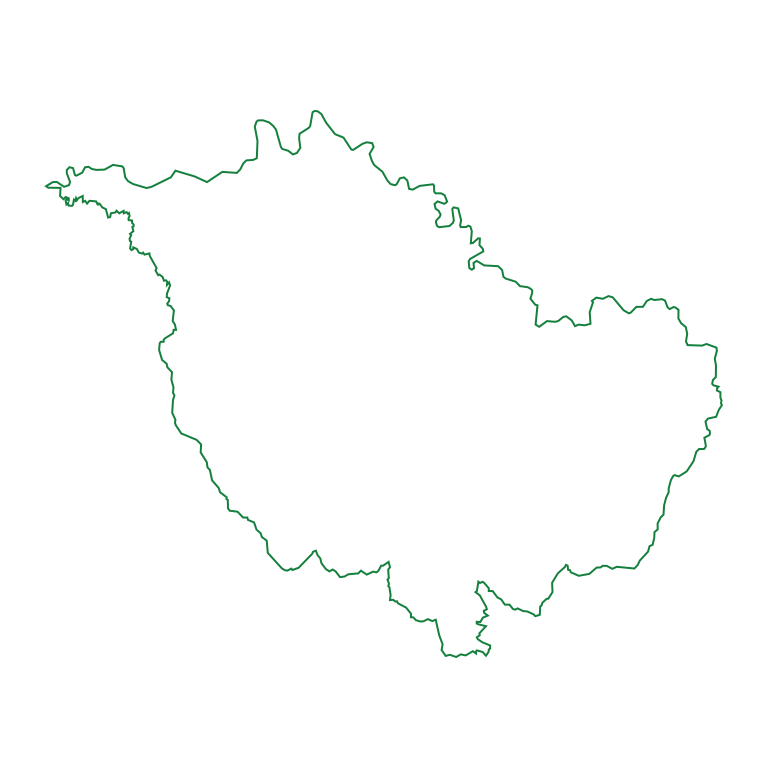 the district of Alegrete, Rio Grande do Sul, Brazil
{"feature_id": "56859067B34107990199573", "entity_name": "Alegrete", "entity_type": "district", "adm_level": 2, "iso_a3": "BRA", "parent_name": "Brazil", "parent_adm1": "Rio Grande do Sul", "projection": "equal_earth", "projection_center": [-55.86, -29.764], "detail": "fine", "context": "isolated", "style": "outline", "palette": "green", "viewbox_px": 768, "rotation_deg": 0, "n_neighbors": 0, "source": "geoboundaries", "source_scale": "gbopen_adm2", "svg_char_len": 6082}
<svg xmlns="http://www.w3.org/2000/svg" viewBox="0 0 768 768"><path d="M170.1,285.4L167.0,293.6L166.7,297.1L169.4,298.3L169.1,301.1L167.2,303.8L167.8,305.2L170.6,306.0L173.9,310.4L172.7,320.9L175.0,324.8L176.0,329.9L173.7,329.8L173.0,333.3L164.9,338.4L163.7,339.7L163.6,341.8L160.7,341.8L159.7,343.2L159.1,350.0L162.1,360.0L166.7,363.8L167.4,367.3L172.0,372.2L171.4,379.7L173.5,387.4L173.0,392.7L174.4,395.4L173.0,400.2L172.2,412.8L175.4,419.8L175.0,422.8L175.8,425.2L181.3,433.5L196.5,439.8L201.1,444.4L200.7,452.5L206.8,462.2L207.5,467.4L209.9,470.0L212.1,480.4L218.8,488.1L220.1,492.3L226.7,497.3L226.5,499.0L227.8,499.9L228.0,508.3L229.7,510.7L237.5,511.7L243.1,517.5L247.3,517.5L248.0,519.9L254.1,522.5L256.5,529.6L260.7,533.3L261.8,537.0L266.7,540.6L267.8,552.9L281.8,568.3L284.8,570.2L287.5,570.6L291.2,568.6L292.3,570.0L298.6,567.8L312.3,553.7L313.0,551.8L315.9,550.7L317.6,555.2L320.3,558.4L321.5,563.3L325.8,569.0L329.4,571.4L332.7,569.5L335.6,571.4L340.0,577.1L344.6,576.5L348.3,574.3L358.2,573.4L360.9,570.7L366.8,574.6L373.2,571.6L376.4,572.4L378.2,571.1L381.2,565.7L383.1,565.7L388.6,561.9L390.0,567.2L388.2,569.6L388.8,578.3L387.5,579.6L389.0,583.8L388.3,586.1L389.4,587.3L390.6,595.0L390.0,600.1L393.2,599.8L395.2,601.5L397.0,601.3L397.8,603.2L406.1,607.6L411.0,613.7L410.9,617.2L413.3,617.4L416.0,620.2L420.2,621.5L423.5,621.3L427.9,619.1L432.3,621.1L435.7,619.7L439.2,635.2L442.6,644.3L441.6,650.1L445.7,655.9L449.8,654.8L456.2,657.0L460.7,654.4L465.7,655.4L472.9,651.2L476.0,653.4L475.9,651.6L476.9,650.4L482.6,652.0L486.0,655.7L488.7,651.6L488.8,649.5L490.1,648.6L490.2,645.5L482.4,642.3L477.8,639.2L476.8,637.3L479.7,635.3L479.4,633.3L486.0,626.2L478.3,624.3L476.7,623.5L476.7,621.8L480.3,622.0L482.8,617.7L487.8,615.6L484.1,612.8L483.8,610.8L486.8,609.3L486.2,606.9L479.8,595.4L475.5,592.1L476.9,591.0L478.4,581.7L480.0,583.0L482.5,581.8L484.1,582.8L488.7,588.1L488.8,591.0L492.7,591.1L497.4,597.4L501.2,599.4L504.8,604.6L509.5,604.7L512.9,608.9L515.1,609.7L517.6,608.4L523.0,611.0L527.4,611.5L533.7,614.4L535.3,616.2L539.8,614.8L540.2,606.5L541.7,605.3L542.3,602.9L546.6,598.8L548.3,598.7L552.5,592.1L552.1,582.8L557.7,573.5L565.0,566.9L565.9,564.9L567.6,565.6L568.1,569.8L570.1,570.3L570.8,572.3L578.8,575.8L589.3,573.9L596.6,567.6L600.7,567.4L602.7,565.8L606.7,565.9L612.3,568.8L616.7,566.8L634.4,568.5L637.7,565.0L639.8,560.6L648.0,551.7L649.6,546.1L652.6,544.8L654.2,538.2L654.5,532.1L657.7,529.4L657.6,523.5L660.7,517.4L663.5,514.7L664.1,505.4L666.1,497.7L668.7,492.2L668.7,488.3L670.9,480.1L673.0,476.2L674.4,475.1L678.8,476.4L686.7,471.4L693.5,461.2L696.3,451.8L699.1,449.0L704.0,449.0L705.2,447.6L705.9,446.1L704.4,437.7L709.5,435.0L710.0,433.3L709.7,430.8L707.2,429.1L705.5,421.6L707.9,418.6L716.1,416.8L718.8,409.9L721.9,405.1L721.0,403.2L721.5,400.5L720.4,397.7L720.4,392.2L716.9,390.5L717.1,388.2L718.5,386.7L713.4,385.3L712.2,383.8L712.9,380.0L715.8,377.1L716.0,365.8L714.8,358.7L716.9,350.7L716.4,347.6L706.5,344.0L702.1,345.6L687.6,345.1L686.0,341.5L687.2,333.8L685.8,327.1L681.1,323.2L678.4,318.5L678.5,309.8L675.8,307.7L673.6,307.0L669.7,309.1L667.6,307.3L665.0,300.6L662.1,299.2L654.3,300.0L651.1,298.8L646.8,301.0L642.9,306.8L636.3,306.9L630.8,312.6L628.8,313.3L623.5,310.2L612.7,297.3L608.5,296.1L602.8,298.8L596.4,297.6L591.9,300.9L593.0,302.3L589.7,312.2L590.5,323.8L584.7,325.3L578.7,324.6L575.0,326.1L571.7,320.4L566.3,316.3L563.3,316.9L558.3,321.0L555.1,321.8L547.0,321.1L539.2,326.8L535.6,324.6L537.5,305.3L535.3,304.8L530.4,298.6L532.2,292.9L532.2,290.4L530.7,288.8L527.7,287.2L519.9,286.1L515.7,281.7L505.8,278.6L503.5,276.9L502.1,270.0L498.1,266.2L484.2,265.4L476.7,260.9L473.5,263.0L474.0,268.2L471.8,269.7L469.3,268.0L468.7,261.4L470.0,259.0L483.3,251.4L482.7,248.6L479.5,245.2L479.9,238.5L478.2,238.3L472.9,243.0L470.8,243.3L471.8,231.1L470.4,226.6L468.3,225.7L466.2,227.0L460.8,227.1L460.1,225.5L461.1,220.3L458.2,208.4L453.5,207.4L452.3,209.0L453.8,220.4L453.0,222.8L449.5,226.0L439.0,227.2L437.1,225.9L435.9,222.4L436.2,220.6L439.8,216.7L440.6,214.5L438.7,210.9L435.6,208.7L434.5,204.0L437.6,201.4L444.1,203.8L445.9,202.8L447.1,201.5L444.6,195.2L441.1,193.3L435.5,193.3L434.2,191.6L434.0,185.5L432.9,184.3L419.6,185.9L412.8,189.6L409.1,188.9L407.3,180.4L403.9,177.4L399.9,178.3L396.7,184.2L395.2,185.2L390.6,184.1L387.4,180.5L382.4,171.7L374.2,165.0L372.0,161.2L369.6,153.9L373.6,146.9L372.1,143.1L366.8,142.3L362.5,143.8L353.2,149.9L351.3,149.5L343.5,137.6L335.1,134.2L326.2,122.8L321.5,114.2L317.8,111.3L314.5,111.0L312.6,112.2L310.2,125.9L309.0,127.7L299.6,133.7L299.1,137.9L300.3,147.9L296.9,153.0L292.9,154.4L288.3,150.8L282.2,148.9L280.9,147.0L276.0,129.6L273.3,126.0L269.1,122.4L263.0,120.3L258.2,120.4L256.5,121.6L254.8,126.6L257.5,141.0L256.8,158.2L253.3,159.9L246.4,160.4L243.5,163.1L240.2,169.5L236.8,172.9L222.3,171.9L207.0,182.1L194.6,176.4L175.4,170.7L170.9,177.3L151.4,186.9L146.4,188.0L133.0,184.0L128.1,181.2L125.2,177.3L123.7,168.2L122.3,166.4L113.0,164.9L104.6,169.6L96.5,169.9L91.9,169.0L88.5,166.8L85.0,167.3L82.2,172.7L76.3,175.7L74.9,175.0L73.1,168.2L69.5,167.2L66.8,170.0L66.8,173.2L70.1,182.1L69.0,185.1L64.1,186.8L56.9,182.0L52.8,182.1L46.1,186.2L48.3,187.7L60.5,187.9L60.1,196.1L63.5,199.2L65.6,197.0L68.8,198.3L68.7,200.4L66.5,199.2L65.6,200.4L66.4,204.4L68.0,203.0L68.4,205.5L72.0,205.9L73.0,204.8L73.9,199.7L75.2,200.8L76.0,198.2L76.8,200.4L78.4,198.1L82.7,196.0L82.9,202.0L85.1,200.8L87.1,203.6L89.5,200.8L96.1,201.4L98.0,205.3L98.0,203.4L99.7,203.8L102.2,207.3L105.9,209.2L108.1,217.5L110.1,217.1L110.9,213.3L115.5,212.4L116.6,210.7L119.2,213.3L123.6,210.9L123.8,213.3L126.6,212.1L127.9,213.8L129.0,213.0L129.6,216.1L128.5,218.0L128.7,220.1L132.0,220.5L132.1,223.0L133.6,224.5L133.6,226.3L132.3,227.0L133.4,231.1L130.0,233.9L131.2,235.1L129.6,238.5L129.9,241.0L131.2,241.7L130.1,248.4L131.4,250.1L133.2,249.2L133.3,247.4L136.8,248.9L138.9,252.6L142.0,253.6L143.1,252.6L144.5,254.6L149.4,253.4L149.9,256.2L156.6,268.1L155.5,270.5L158.2,275.2L159.5,274.6L162.6,276.9L163.9,280.7L166.0,280.3L167.2,281.7L167.0,284.9L169.1,282.4L170.1,285.4Z" fill="none" stroke="#15803d" stroke-width="2"/></svg>